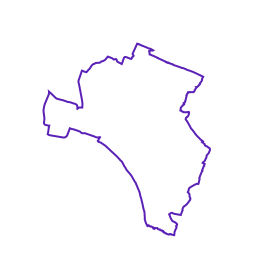 Kota Jakarta Barat, Jakarta Raya, Indonesia, rotated 204°
{"feature_id": "22746128B58252967349746", "entity_name": "Kota Jakarta Barat", "entity_type": "district", "adm_level": 2, "iso_a3": "IDN", "parent_name": "Indonesia", "parent_adm1": "Jakarta Raya", "projection": "mercator", "projection_center": [106.751, -6.161], "detail": "fine", "context": "isolated", "style": "outline", "palette": "violet", "viewbox_px": 256, "rotation_deg": 204, "n_neighbors": 0, "source": "geoboundaries", "source_scale": "gbopen_adm2", "svg_char_len": 5597}
<svg xmlns="http://www.w3.org/2000/svg" viewBox="0 0 256 256"><g transform="rotate(204 128 128)"><path d="M73.4,48.8L70.7,46.6L70.5,46.9L70.0,46.6L69.6,47.4L69.1,47.2L68.9,47.4L68.4,47.1L67.6,47.0L67.1,47.2L66.9,47.5L66.2,47.4L65.3,47.5L65.0,47.3L64.5,47.4L64.4,47.1L64.0,47.0L63.8,46.8L63.8,46.5L62.9,46.6L63.1,47.4L61.9,47.9L61.0,48.3L60.5,48.5L59.5,47.8L57.8,48.2L57.6,47.3L57.7,47.5L56.6,47.9L56.1,48.0L55.7,48.2L54.7,48.2L54.8,47.9L54.3,47.9L54.4,47.7L54.1,47.6L54.0,47.8L53.7,47.8L53.6,47.5L52.7,47.2L52.6,47.5L50.8,47.0L50.7,47.2L49.2,47.1L48.0,47.1L47.3,47.2L47.0,48.0L46.1,48.3L46.1,48.1L43.7,48.6L43.2,48.6L42.2,48.9L42.3,49.4L43.2,52.0L43.2,52.7L43.2,53.3L43.3,53.7L43.2,56.6L43.3,57.2L43.6,57.4L44.0,57.7L44.2,58.1L43.7,59.4L43.9,59.6L44.3,60.3L44.5,60.4L46.7,61.0L48.9,61.0L49.8,61.2L50.1,61.3L52.3,63.0L53.8,64.5L55.3,65.9L54.1,67.9L53.5,68.3L52.9,68.4L51.9,68.3L50.9,68.4L44.4,70.0L44.5,70.8L44.7,74.5L44.6,75.0L45.0,75.6L45.2,76.0L45.3,77.0L45.2,78.5L45.1,78.9L44.8,79.2L44.2,80.4L43.2,82.4L42.0,87.7L42.2,87.8L42.3,88.9L42.5,89.2L42.6,89.4L43.4,89.8L43.7,90.2L44.9,92.5L45.0,92.6L45.6,92.9L46.3,93.4L47.3,93.7L47.2,95.4L47.6,96.8L47.7,97.4L47.5,98.1L47.2,98.6L47.2,98.9L43.6,103.8L42.3,105.1L41.0,105.5L41.1,107.0L41.2,107.3L41.5,108.6L41.8,110.4L42.0,110.9L42.4,111.1L42.5,111.2L42.7,114.3L42.8,118.1L42.5,119.1L43.1,119.4L43.1,120.0L43.1,121.2L43.3,124.8L43.2,124.8L43.3,125.0L43.3,126.3L44.3,126.3L45.6,126.4L45.6,126.8L45.3,127.6L44.7,128.5L44.4,130.5L44.6,132.0L44.4,132.4L44.4,132.8L44.5,133.5L44.9,134.5L44.9,135.1L44.8,135.6L44.1,137.6L44.1,140.2L44.2,141.3L44.9,142.6L46.7,142.9L46.8,143.0L47.2,143.0L48.0,143.3L48.9,143.3L49.1,143.2L49.9,143.2L50.8,143.5L51.2,144.2L51.5,144.5L52.3,144.6L53.7,145.1L54.0,145.1L54.6,145.2L54.1,146.3L56.3,146.8L58.2,147.4L59.0,147.9L59.5,148.0L61.0,148.5L63.9,149.9L64.7,150.3L66.2,151.3L67.1,151.7L68.3,152.4L70.2,153.2L72.7,155.2L76.2,157.8L78.8,159.3L78.8,159.7L79.0,159.9L79.1,160.8L79.1,161.1L79.0,161.3L78.7,161.5L78.6,162.1L78.3,162.3L78.3,162.6L77.9,163.5L77.9,164.0L78.1,165.7L78.6,167.2L79.1,167.1L79.4,166.9L79.5,167.1L81.4,166.0L83.2,165.2L83.3,165.3L83.7,165.3L84.5,165.0L85.0,165.0L85.8,165.3L86.1,165.6L86.5,165.5L86.5,165.3L87.3,165.3L88.0,168.2L87.6,169.7L87.1,170.8L87.2,171.0L86.4,172.2L87.0,172.6L86.9,172.9L86.7,173.2L87.2,173.6L86.5,174.6L86.5,175.7L86.8,176.0L86.8,177.4L87.5,181.0L87.5,181.3L87.9,181.5L87.7,185.0L87.0,185.0L86.9,185.6L82.6,187.5L82.5,188.5L82.3,188.8L82.4,189.2L82.4,189.6L82.2,191.1L82.3,191.5L82.0,192.2L81.9,192.9L82.2,193.1L81.6,193.3L81.4,193.6L81.1,194.9L80.7,195.3L80.6,196.1L80.1,197.5L80.5,197.7L80.4,198.7L79.9,200.3L79.9,200.6L79.8,201.5L80.0,202.4L80.2,202.5L80.3,203.0L80.2,205.4L91.0,205.7L95.6,205.4L97.3,205.1L98.3,205.2L101.4,205.2L102.5,205.1L103.0,204.9L103.7,204.7L103.8,204.8L109.9,204.3L112.3,204.0L112.9,204.4L115.9,204.0L117.0,204.2L117.9,204.1L117.9,203.7L119.7,203.6L120.0,203.6L120.0,203.9L127.3,204.0L128.2,203.9L128.7,204.0L129.2,204.0L129.3,204.2L129.9,204.1L132.5,204.2L135.4,204.1L136.6,204.2L138.2,204.0L138.3,204.4L138.5,204.8L139.0,205.4L139.4,206.1L139.9,206.7L140.0,207.0L139.6,207.4L138.9,207.7L138.9,208.5L138.9,208.9L138.8,209.0L138.4,209.1L137.3,208.6L136.9,208.8L136.6,209.2L139.6,209.5L140.6,209.3L141.2,209.2L149.1,209.0L149.1,208.9L150.1,209.0L151.3,208.9L151.3,209.0L151.6,209.0L152.1,209.0L152.1,208.9L153.2,208.9L153.9,208.8L154.0,199.0L153.9,197.7L153.8,197.3L153.7,197.1L152.5,196.6L152.3,196.4L152.3,196.1L152.3,195.5L152.9,194.6L153.0,192.6L153.2,192.3L153.5,192.3L158.9,192.0L159.3,191.9L159.7,191.6L160.1,190.9L160.2,190.6L160.1,188.5L159.8,185.8L159.7,183.9L163.9,184.2L164.8,184.3L165.3,184.7L165.5,185.0L166.1,185.7L166.9,186.1L167.3,186.0L168.7,184.8L171.2,185.3L175.5,185.0L175.9,183.4L176.5,181.3L176.9,180.5L177.6,179.5L178.1,179.0L179.2,178.1L179.6,177.7L179.8,176.9L180.5,176.1L181.1,175.7L182.2,175.2L183.9,174.3L184.2,174.0L184.7,173.0L185.4,172.6L185.9,171.9L186.2,171.2L186.6,170.3L187.1,166.8L188.0,164.4L188.6,162.2L188.8,162.1L189.4,161.9L191.9,161.7L193.4,161.7L193.4,160.9L193.2,159.4L192.5,151.7L192.4,150.8L192.1,150.1L188.6,145.3L187.6,143.8L181.3,134.7L179.7,132.0L179.2,131.0L178.6,129.4L178.1,128.1L180.6,127.0L181.1,126.7L181.4,126.3L181.8,125.6L182.0,125.1L182.1,124.0L182.3,126.5L182.8,126.6L183.3,127.4L184.1,128.2L185.3,128.5L186.1,128.6L187.5,128.3L190.2,128.1L192.2,127.8L193.3,127.4L194.4,127.2L195.7,127.2L198.9,126.9L200.7,126.5L205.2,125.8L206.7,126.2L212.4,128.3L215.0,129.1L214.6,128.4L214.4,127.8L214.0,126.3L213.8,116.9L213.6,114.7L213.1,112.5L212.6,110.4L212.2,109.4L211.6,108.3L208.8,103.7L208.0,102.2L207.3,100.0L207.0,98.7L206.6,98.0L205.8,97.5L204.9,97.2L203.9,97.4L201.4,97.9L200.9,98.1L200.8,97.3L200.5,96.0L199.4,92.3L198.8,89.7L197.9,89.5L196.5,89.6L183.6,92.9L182.7,93.2L181.7,93.9L181.2,94.6L180.8,95.4L180.6,96.3L180.6,97.6L181.0,104.1L179.1,104.2L176.8,104.7L170.8,105.2L170.1,105.1L169.0,104.7L168.1,104.6L167.1,104.8L165.5,105.7L154.9,106.6L153.5,106.6L152.3,106.8L152.0,106.9L150.0,108.2L149.8,108.2L149.8,107.8L150.1,107.0L150.1,106.3L150.1,104.7L150.2,104.3L150.4,104.0L150.3,103.8L149.6,103.5L149.4,103.4L147.0,103.6L141.4,102.6L135.1,100.4L126.3,97.4L122.8,95.9L121.9,95.4L120.2,94.9L118.9,94.1L118.1,93.4L117.8,93.1L116.8,92.4L115.7,91.5L114.8,91.0L112.0,89.0L106.9,86.6L105.2,85.6L101.8,83.1L99.5,81.4L98.6,81.0L97.6,79.9L96.2,78.7L94.3,76.8L93.9,76.5L91.4,74.1L88.9,70.7L87.4,69.1L86.4,67.7L84.4,65.2L82.8,63.0L82.1,62.1L81.4,61.0L80.0,59.3L79.4,58.7L78.9,58.1L76.2,53.0L76.1,52.9L75.7,51.8L75.6,51.4L74.6,50.4L73.4,48.8Z" fill="none" stroke="#5b21b6" stroke-width="2"/></g></svg>